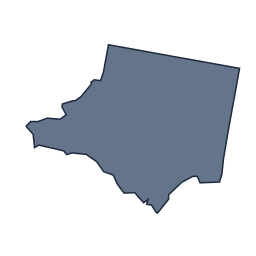 Wright, Minnesota, United States of America (Equal Earth projection), rotated 190°
{"feature_id": "52423323B29714862444968", "entity_name": "Wright", "entity_type": "district", "adm_level": 2, "iso_a3": "USA", "parent_name": "United States of America", "parent_adm1": "Minnesota", "projection": "equal_earth", "projection_center": [-93.865, 45.201], "detail": "fine", "context": "isolated", "style": "filled", "palette": "slate", "viewbox_px": 256, "rotation_deg": 190, "n_neighbors": 0, "source": "geoboundaries", "source_scale": "gbopen_adm2", "svg_char_len": 784}
<svg xmlns="http://www.w3.org/2000/svg" viewBox="0 0 256 256"><g transform="rotate(190 128 128)"><path d="M28.5,206.1L95.0,206.3L161.7,206.6L161.9,178.6L163.3,169.9L169.8,169.6L170.8,168.0L171.0,167.9L172.2,167.0L172.2,165.8L172.0,164.4L179.8,150.6L185.1,145.4L186.5,145.5L196.7,140.3L196.7,137.3L191.2,130.3L196.4,124.9L209.2,123.7L217.8,118.7L225.1,117.4L228.3,112.6L228.5,111.8L220.3,105.3L216.6,92.4L212.8,95.7L187.2,94.3L183.8,91.2L178.8,93.7L164.6,94.8L152.9,89.3L144.3,80.7L134.4,79.1L128.6,70.7L120.6,63.2L110.0,65.5L105.6,61.7L99.5,57.1L96.0,60.9L96.3,56.1L91.5,56.2L85.6,49.7L84.1,49.4L75.7,64.8L76.3,69.4L65.6,83.9L55.8,91.6L51.3,92.4L47.5,86.5L28.5,90.7L27.5,98.6L28.6,114.3L28.8,144.9L28.6,175.4L28.5,206.1Z" fill="#64748b" stroke="#1e293b" stroke-width="1.5"/></g></svg>